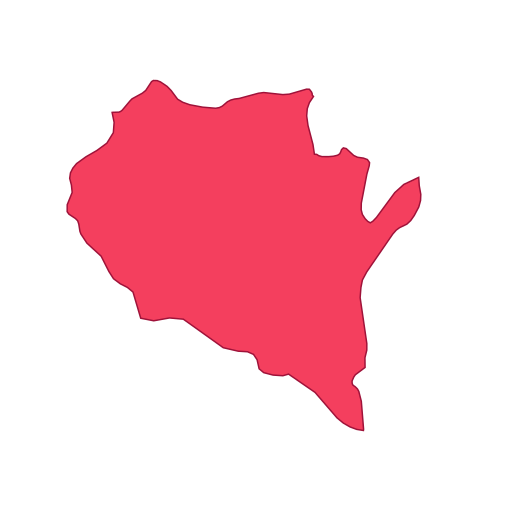 map outline of Mokhotlong (Robinson projection), rotated 168°
{"feature_id": "LSO-1213", "entity_name": "Mokhotlong", "entity_type": "District", "adm_level": 1, "iso_a3": "LSO", "parent_name": "Lesotho", "parent_adm1": "", "projection": "robinson", "projection_center": [28.96, -29.168], "detail": "fine", "context": "isolated", "style": "filled", "palette": "rose", "viewbox_px": 512, "rotation_deg": 168, "n_neighbors": 0, "source": "natural_earth", "source_scale": "10m", "svg_char_len": 1954}
<svg xmlns="http://www.w3.org/2000/svg" viewBox="0 0 512 512"><g transform="rotate(168 256 256)"><path d="M199.7,69.4L205.3,74.4L210.4,80.8L226.6,110.3L248.7,133.7L254.6,133.3L264.1,136.0L272.7,140.3L276.4,145.0L276.5,154.3L278.9,160.3L284.2,164.1L293.2,166.6L307.1,173.1L340.2,209.3L353.5,213.4L369.5,213.9L381.7,219.1L383.8,246.3L388.3,252.0L394.5,257.0L400.1,263.4L403.1,271.4L407.5,288.0L418.7,303.7L422.7,313.9L423.1,316.8L422.7,324.0L423.1,327.5L424.9,330.3L430.3,335.8L431.5,338.6L430.0,345.4L422.6,356.4L421.8,363.8L422.1,370.7L420.2,375.9L416.8,380.1L412.3,383.7L401.7,388.4L389.7,392.3L378.4,397.4L369.9,406.3L367.0,416.2L366.9,426.4L366.7,426.4L360.1,425.2L358.3,425.6L356.6,426.4L347.0,433.9L344.6,435.5L333.3,438.9L329.4,440.9L321.9,448.3L319.9,449.0L316.2,448.1L313.2,446.1L307.7,440.4L304.6,435.5L300.1,425.7L295.7,421.6L289.3,417.7L277.3,412.7L264.7,408.9L261.0,408.8L257.8,409.6L251.9,412.8L248.2,413.8L244.3,414.0L239.7,413.6L219.9,414.7L214.5,414.3L196.2,408.3L189.8,407.4L171.9,408.7L169.1,408.0L167.6,404.9L167.3,403.3L167.5,401.6L166.6,400.1L171.9,394.9L175.2,389.5L177.3,382.5L178.0,372.8L177.1,353.2L177.7,343.5L177.7,343.4L175.5,342.8L173.8,341.1L170.8,339.5L164.3,338.1L159.5,337.5L155.3,337.6L152.9,338.5L151.5,340.2L150.2,342.3L148.1,343.6L145.4,342.3L139.5,334.0L136.2,331.5L130.5,329.4L127.0,327.2L125.5,323.7L126.5,320.7L130.5,313.1L142.0,285.8L143.5,279.4L143.3,274.5L141.5,269.8L139.5,266.6L137.3,264.7L134.5,265.7L130.1,268.7L107.0,289.2L96.5,295.3L80.5,299.1L81.7,290.8L82.0,282.0L83.5,276.1L86.6,270.1L92.8,262.7L97.3,258.5L101.8,255.8L109.6,253.9L113.4,252.2L117.7,249.0L151.0,217.4L156.9,210.4L159.9,203.4L162.8,193.6L165.8,147.3L167.2,140.9L170.6,133.8L172.5,124.3L183.5,119.2L185.5,117.3L188.0,113.8L188.4,111.6L188.2,109.9L187.3,108.7L186.3,107.7L185.4,106.4L184.4,104.8L183.6,102.2L183.2,92.0L186.8,64.1L187.2,63.0L193.6,65.5L199.6,69.3L199.7,69.4Z" fill="#f43f5e" stroke="#9f1239" stroke-width="1.5"/></g></svg>